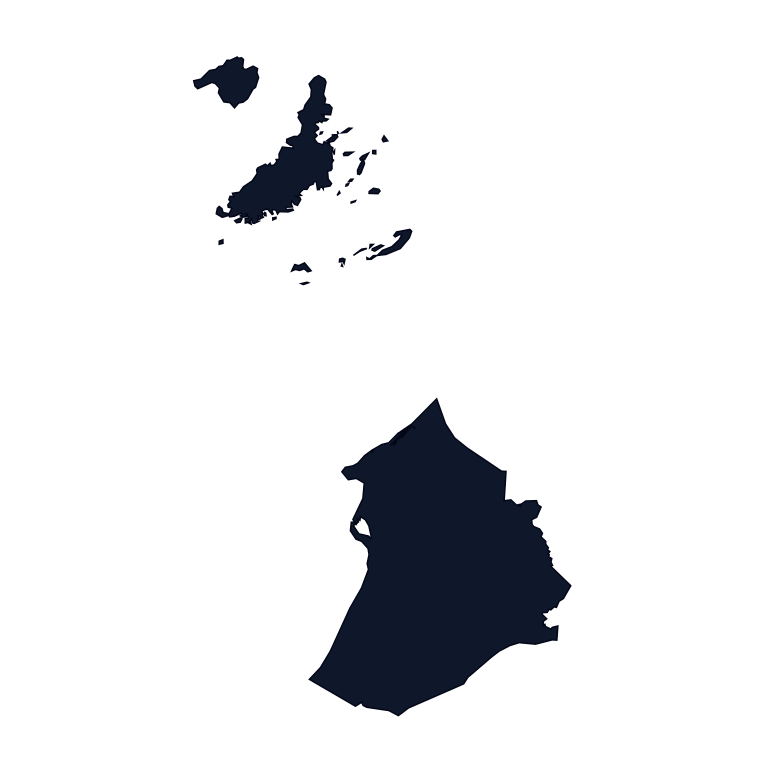 Aceh Singkil, Aceh, Indonesia (Mercator projection), rotated 88°
{"feature_id": "22746128B17710719872214", "entity_name": "Aceh Singkil", "entity_type": "district", "adm_level": 2, "iso_a3": "IDN", "parent_name": "Indonesia", "parent_adm1": "Aceh", "projection": "mercator", "projection_center": [97.426, 2.307], "detail": "fine", "context": "isolated", "style": "filled", "palette": "ink", "viewbox_px": 768, "rotation_deg": 88, "n_neighbors": 0, "source": "geoboundaries", "source_scale": "gbopen_adm2", "svg_char_len": 6158}
<svg xmlns="http://www.w3.org/2000/svg" viewBox="0 0 768 768"><g transform="rotate(88 384 384)"><path d="M400.7,331.9L424.8,357.5L432.9,370.2L427.1,357.5L428.3,354.9L428.7,354.8L430.4,354.9L428.5,355.0L427.3,357.7L439.0,369.0L429.6,361.6L442.0,374.8L442.7,373.7L443.8,374.4L445.0,376.0L442.3,375.0L444.4,377.8L445.4,379.6L431.6,364.7L432.6,368.5L434.5,370.3L433.3,369.6L433.3,371.2L442.9,381.3L444.4,388.3L448.7,396.4L452.6,398.5L448.8,396.6L449.5,398.0L454.8,405.8L462.3,413.0L464.7,417.9L465.9,425.6L470.3,429.2L478.4,423.0L477.4,415.0L482.3,407.2L497.7,409.1L518.3,419.8L520.8,418.4L520.6,416.8L522.7,416.5L520.9,414.3L518.1,415.4L519.4,412.8L515.8,412.2L519.0,407.4L525.2,404.1L536.6,402.0L537.7,402.8L535.5,404.6L532.9,414.3L525.4,419.0L523.2,418.8L523.4,417.1L521.1,418.8L521.0,421.5L529.5,422.7L538.1,417.4L540.5,411.8L547.8,405.7L554.0,404.9L562.9,407.1L568.8,406.0L587.1,413.6L606.7,425.8L649.2,447.0L665.2,457.4L676.6,468.9L705.0,423.8L701.3,417.4L704.6,416.0L706.5,412.4L710.5,390.6L715.9,381.2L708.6,370.8L686.4,314.8L680.1,310.5L660.9,286.5L655.0,278.3L649.8,267.4L647.2,257.9L649.3,241.7L645.6,224.9L646.0,220.2L631.9,218.7L633.1,224.4L634.8,225.7L632.0,231.1L629.8,231.6L630.9,233.4L626.7,233.0L624.3,229.6L619.7,234.0L618.1,234.0L618.0,228.9L614.8,226.8L615.6,225.2L612.6,221.7L613.3,219.5L607.2,216.6L604.7,212.2L592.1,204.4L571.8,223.9L571.2,221.9L567.6,223.4L564.4,222.4L562.2,225.6L560.3,224.8L559.3,225.9L557.2,224.1L555.4,226.3L553.3,225.5L549.7,228.0L546.9,227.8L542.2,232.5L538.8,230.8L534.3,233.6L531.7,239.3L529.6,240.9L524.7,241.1L522.5,236.1L512.4,231.3L510.2,234.4L505.9,235.7L505.9,246.5L508.7,250.8L511.3,251.9L510.6,253.1L509.0,252.3L509.7,255.7L504.2,261.2L504.9,268.0L475.6,265.1L475.2,269.6L450.7,303.4L440.3,315.4L426.0,323.9L400.7,331.9ZM106.3,426.3L103.0,428.9L102.0,433.6L97.1,432.4L92.6,434.4L80.2,431.4L77.2,432.7L73.5,438.6L75.5,442.9L81.6,448.4L87.1,446.3L94.6,447.1L102.4,453.1L107.1,454.7L109.7,460.5L111.9,459.3L114.6,460.5L122.1,456.4L130.2,458.1L133.6,461.5L133.4,465.3L136.0,472.6L139.3,473.0L142.2,469.1L142.4,466.7L145.2,466.7L143.6,477.3L150.5,480.9L155.8,480.9L155.9,484.0L157.7,483.3L161.3,486.1L161.8,489.3L159.4,490.2L162.0,493.0L160.2,494.8L163.6,502.6L165.4,503.8L169.3,503.4L176.5,508.7L182.0,517.6L187.3,521.6L188.1,528.8L191.5,527.6L191.0,531.3L194.4,532.6L196.3,531.0L199.5,533.8L201.8,533.6L202.9,529.8L208.5,532.9L207.0,538.9L203.1,539.8L200.8,542.5L202.6,544.4L208.0,545.7L211.8,539.8L210.1,533.3L211.6,532.4L211.1,527.7L208.3,520.7L209.4,519.9L210.9,521.8L212.5,519.8L211.4,514.4L209.4,516.4L209.2,515.0L212.2,513.7L213.4,514.1L213.7,516.9L218.3,517.0L217.6,512.8L218.6,513.2L219.6,511.2L216.5,512.1L214.3,510.8L218.5,509.7L219.0,508.2L217.0,503.5L216.5,504.8L214.7,504.4L215.2,502.7L211.8,504.1L211.8,502.0L214.2,501.5L213.2,498.8L211.4,499.7L209.7,498.6L207.1,500.4L205.6,497.2L205.2,494.2L210.7,489.9L210.1,488.8L207.1,490.0L205.7,488.2L206.7,485.9L210.4,484.5L208.1,482.4L208.7,473.8L207.2,468.6L206.0,469.1L206.4,476.0L203.9,475.6L203.9,469.3L200.5,470.4L197.7,469.6L201.3,467.2L202.4,464.2L196.8,460.8L194.9,461.5L193.4,465.1L192.6,460.1L191.1,461.9L189.7,461.2L186.6,457.9L186.8,454.1L183.0,451.6L181.7,447.6L179.4,447.0L179.4,444.6L187.5,443.7L187.4,441.7L185.9,441.6L184.9,439.2L187.0,437.9L185.2,437.9L184.3,431.1L181.9,429.4L177.1,432.6L169.4,433.0L168.7,429.6L166.9,428.4L161.3,428.4L158.5,426.6L157.5,427.8L151.3,428.1L146.3,426.8L144.3,429.6L142.0,430.1L139.7,435.3L142.8,436.8L140.8,442.2L136.5,445.1L133.4,442.1L129.9,444.9L127.0,440.5L125.3,440.6L121.9,444.2L120.8,443.5L120.3,440.5L118.8,439.4L120.5,437.0L119.1,436.3L119.0,432.6L117.4,430.6L116.3,434.6L114.0,434.5L112.3,437.7L113.1,428.0L106.3,426.3ZM73.4,498.6L68.2,500.2L64.4,499.3L61.8,503.7L64.9,510.9L64.2,513.2L61.8,514.1L54.8,513.1L53.0,514.9L53.4,517.9L52.1,519.3L55.2,526.5L54.9,529.5L60.3,533.6L60.9,537.9L63.7,541.2L64.6,547.4L72.9,556.3L74.3,563.6L79.7,562.5L82.4,559.9L76.6,545.5L77.8,542.1L82.5,538.1L87.2,539.3L96.5,534.2L97.5,528.1L102.8,523.8L98.1,519.4L97.4,514.9L94.1,510.4L84.7,504.6L83.1,502.1L73.4,498.6ZM232.3,351.0L230.4,352.8L232.5,366.2L236.0,369.0L237.4,367.6L235.1,363.2L235.7,361.0L240.5,363.9L247.0,371.3L250.3,380.7L255.3,386.3L254.6,377.5L249.2,363.0L238.9,353.6L232.3,351.0ZM266.1,459.8L269.2,456.2L268.3,452.9L260.2,459.2L262.7,465.0L261.5,469.1L267.9,472.4L266.4,468.4L267.6,464.4L266.1,459.8ZM173.2,403.0L173.8,401.3L172.4,399.7L163.1,395.8L160.5,396.3L160.3,398.0L163.2,399.9L169.3,403.0L173.2,403.0ZM139.5,425.7L135.4,421.6L133.2,422.4L133.2,426.9L134.9,426.8L138.9,432.7L140.5,430.2L139.5,425.7ZM193.0,392.3L193.6,383.4L191.0,381.2L189.2,382.4L188.0,387.7L191.1,392.1L193.0,392.3ZM159.4,399.6L158.9,395.4L152.7,391.4L155.4,397.7L157.8,400.3L159.4,399.6ZM250.9,388.6L245.8,379.8L244.9,382.4L248.4,390.9L249.8,391.3L250.9,388.6ZM217.3,522.1L214.1,520.2L213.1,521.8L215.6,527.5L217.7,525.8L217.3,522.1ZM154.3,416.1L154.4,412.1L151.2,406.9L151.1,414.9L152.6,416.6L154.3,416.1ZM131.5,417.4L131.2,412.4L127.3,407.4L127.0,410.4L131.5,417.4ZM262.2,419.7L258.0,418.6L256.9,420.9L257.6,424.0L260.5,424.3L259.9,420.7L262.2,419.7ZM238.6,543.8L237.8,540.0L234.2,540.0L235.5,543.7L238.6,543.8ZM139.5,377.3L141.9,376.2L141.1,371.8L136.0,375.3L139.5,377.3ZM254.4,410.1L250.6,403.7L247.9,396.3L248.4,401.5L254.4,410.1ZM258.9,396.6L258.9,392.4L255.4,386.9L255.3,390.1L258.5,394.1L257.1,396.7L258.9,396.6ZM153.3,387.3L153.8,384.2L150.3,384.1L150.3,387.1L153.3,387.3ZM180.4,412.2L180.1,409.3L178.2,407.9L178.2,410.3L180.4,412.2ZM216.2,489.4L214.9,486.1L213.6,486.1L214.1,489.4L216.2,489.4ZM244.0,392.9L247.3,393.5L244.1,389.8L244.0,392.9ZM280.8,463.3L281.8,461.1L280.2,455.9L279.6,457.3L280.8,463.3ZM184.8,415.2L184.4,413.4L182.4,412.2L183.1,414.7L184.8,415.2ZM193.9,424.3L191.6,421.3L190.1,422.0L193.9,424.3ZM211.7,496.0L208.9,496.3L208.5,497.2L211.5,497.3L211.7,496.0ZM202.0,410.5L200.7,406.5L199.8,406.0L201.0,410.5L202.0,410.5ZM130.0,436.6L130.1,438.7L132.1,439.2L131.6,437.4L130.0,436.6ZM153.1,425.7L148.8,425.3L150.3,426.4L153.1,425.7ZM264.6,422.5L265.0,421.3L263.0,421.9L264.6,422.5ZM131.8,420.9L129.7,421.8L132.1,421.3L131.8,420.9Z" fill="#0f172a" stroke="#020617" stroke-width="1.5"/></g></svg>